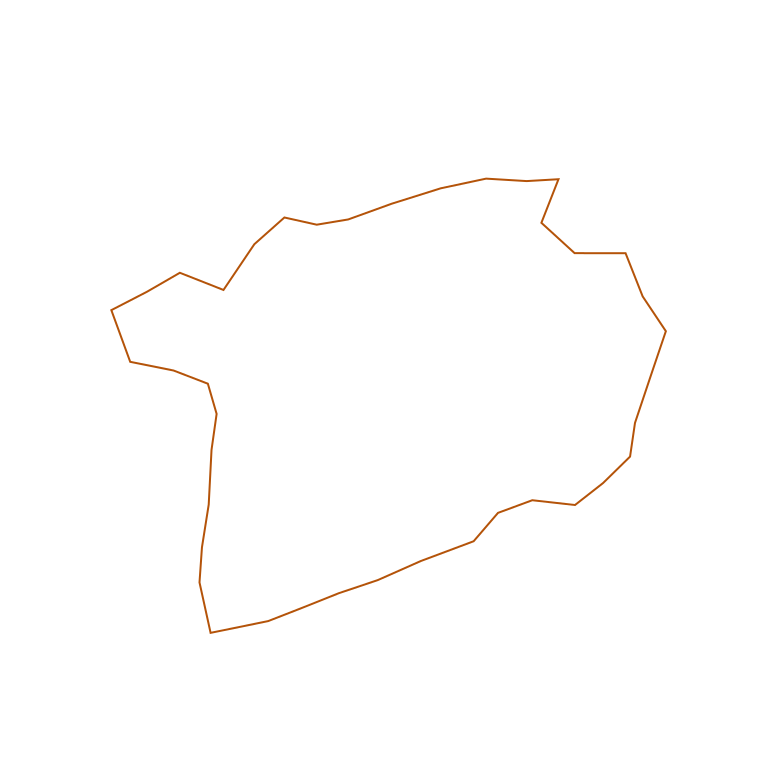 outline of São Caetano do Sul, São Paulo, Brazil, rotated 240°
{"feature_id": "56859067B69801907624769", "entity_name": "São Caetano do Sul", "entity_type": "district", "adm_level": 2, "iso_a3": "BRA", "parent_name": "Brazil", "parent_adm1": "São Paulo", "projection": "albers", "projection_center": [-46.565, -23.625], "detail": "fine", "context": "isolated", "style": "outline", "palette": "amber", "viewbox_px": 768, "rotation_deg": 240, "n_neighbors": 0, "source": "geoboundaries", "source_scale": "gbopen_adm2", "svg_char_len": 658}
<svg xmlns="http://www.w3.org/2000/svg" viewBox="0 0 768 768"><g transform="rotate(240 384 384)"><path d="M584.3,184.8L530.1,175.3L500.9,208.5L472.3,231.6L441.8,224.1L413.2,201.7L367.2,171.9L333.6,144.7L304.4,125.0L255.2,109.4L236.6,165.1L231.0,201.7L225.4,240.4L217.3,280.5L212.3,327.3L203.0,383.0L215.4,418.3L209.2,454.3L183.7,488.9L188.7,524.2L198.1,560.8L224.8,581.9L258.4,619.9L288.8,654.5L330.5,651.8L376.5,658.6L402.0,614.5L444.9,600.9L474.1,637.5L488.4,609.0L510.8,575.1L525.1,531.0L536.3,480.7L544.4,435.3L555.6,405.4L578.0,381.0L569.9,341.6L545.7,292.0L582.4,262.8L582.4,224.8L584.3,184.8Z" fill="none" stroke="#b45309" stroke-width="2"/></g></svg>